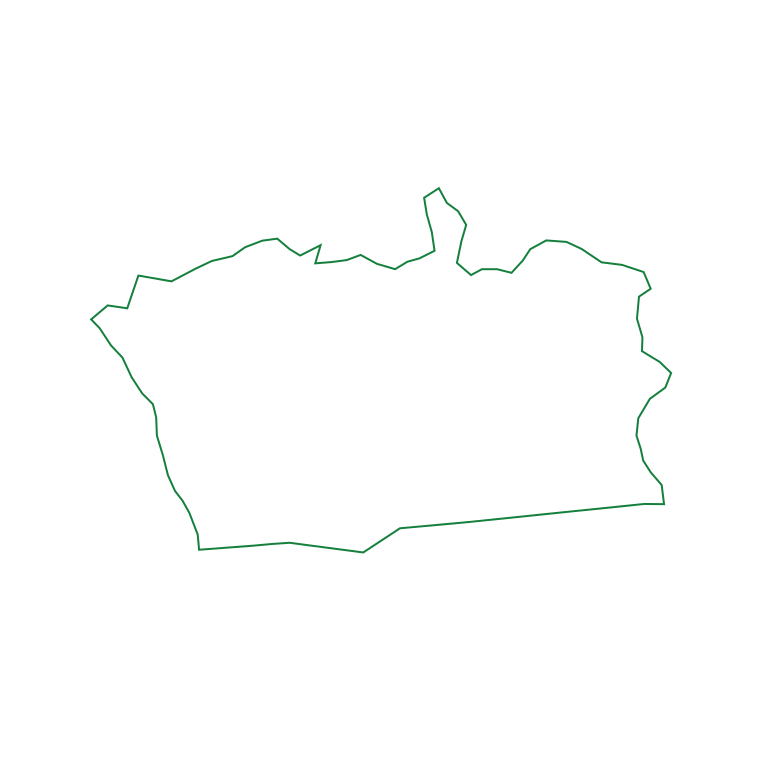 outline of Coité do Nóia, Alagoas, Brazil, rotated 103°
{"feature_id": "56859067B710656969786", "entity_name": "Coité do Nóia", "entity_type": "district", "adm_level": 2, "iso_a3": "BRA", "parent_name": "Brazil", "parent_adm1": "Alagoas", "projection": "orthographic", "projection_center": [-36.593, -9.632], "detail": "fine", "context": "isolated", "style": "outline", "palette": "green", "viewbox_px": 768, "rotation_deg": 103, "n_neighbors": 0, "source": "geoboundaries", "source_scale": "gbopen_adm2", "svg_char_len": 1184}
<svg xmlns="http://www.w3.org/2000/svg" viewBox="0 0 768 768"><g transform="rotate(103 384 384)"><path d="M386.9,683.9L393.7,673.5L407.9,658.6L417.1,644.8L434.1,631.5L447.5,617.6L455.7,604.6L467.7,598.5L485.3,593.7L503.4,583.3L521.5,574.0L535.2,563.6L543.1,554.0L553.3,544.7L572.7,531.6L587.1,526.9L570.9,474.9L564.8,456.3L559.9,440.1L558.6,426.2L552.8,366.3L521.0,336.0L500.0,272.1L469.1,181.8L442.3,103.3L438.1,84.1L420.0,90.7L410.0,104.3L400.3,114.2L389.0,119.5L377.5,126.4L360.1,128.5L338.6,121.6L324.2,109.1L308.7,106.7L300.5,120.3L294.0,140.0L280.3,142.7L263.5,152.2L241.5,155.2L231.2,145.6L216.5,156.2L214.4,178.9L216.5,199.4L207.9,222.0L204.5,238.2L207.6,258.2L219.7,271.8L232.6,276.6L247.0,284.8L246.7,299.7L250.1,314.4L258.3,323.7L249.6,340.2L227.3,340.7L210.5,339.7L199.0,350.6L193.5,363.4L180.9,374.6L193.5,386.8L209.2,380.4L225.2,371.6L242.8,364.7L253.6,377.7L259.6,388.7L269.6,399.0L268.5,417.9L263.5,435.8L271.7,448.3L277.2,463.2L281.9,478.1L263.0,477.0L277.7,494.6L273.8,506.3L266.4,520.7L271.7,534.8L281.9,550.0L293.5,560.4L302.9,579.5L314.2,593.7L331.8,614.2L333.6,647.7L368.0,651.2L369.6,670.9L386.9,683.9Z" fill="none" stroke="#15803d" stroke-width="2"/></g></svg>